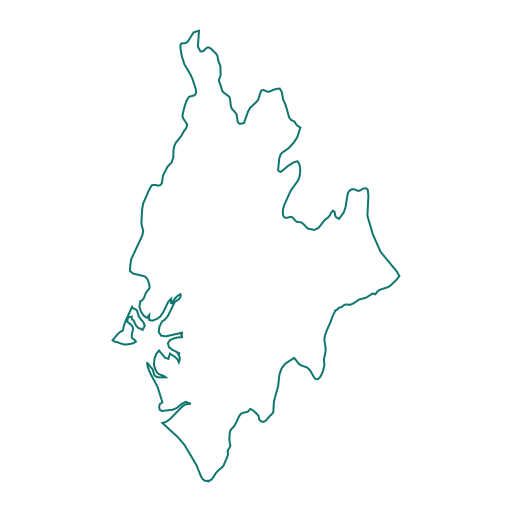 SVG path tracing the border of Littoral
{"feature_id": "CMR-1476", "entity_name": "Littoral", "entity_type": "Province", "adm_level": 1, "iso_a3": "CMR", "parent_name": "Cameroon", "parent_adm1": "", "projection": "equal_earth", "projection_center": [10.043, 4.313], "detail": "fine", "context": "isolated", "style": "outline", "palette": "teal", "viewbox_px": 512, "rotation_deg": 0, "n_neighbors": 0, "source": "natural_earth", "source_scale": "10m", "svg_char_len": 5833}
<svg xmlns="http://www.w3.org/2000/svg" viewBox="0 0 512 512"><path d="M208.4,481.3L208.4,480.7L205.9,481.0L204.2,480.4L202.9,479.3L201.8,477.8L200.7,475.8L196.5,465.2L184.6,445.1L177.9,437.2L162.4,423.0L165.9,421.9L169.8,419.3L183.0,405.8L186.5,404.0L190.8,403.8L185.7,401.8L181.2,404.2L177.1,407.8L172.8,409.7L161.8,411.0L159.8,409.8L159.1,407.1L159.8,404.1L162.4,402.3L157.7,387.2L150.1,372.9L147.9,367.5L147.0,362.4L151.0,367.6L151.9,368.3L152.7,369.3L154.0,374.0L154.7,375.7L156.8,377.0L159.5,377.4L165.7,377.3L164.1,376.1L159.0,374.2L157.4,373.0L156.8,372.1L156.3,371.0L155.2,369.0L153.9,364.6L154.4,359.1L156.3,353.9L159.0,350.5L165.1,357.8L168.4,358.9L170.0,353.6L175.4,357.2L177.5,359.3L178.8,362.4L179.7,360.1L179.8,357.8L179.0,355.7L177.8,353.6L178.3,353.5L180.0,353.6L172.5,349.9L168.9,347.1L167.9,343.1L169.9,340.2L174.1,338.3L178.6,337.3L182.0,337.2L182.0,336.3L181.8,335.6L181.0,334.3L181.4,334.0L181.8,334.0L182.0,333.8L182.0,332.7L166.0,336.3L161.2,335.7L158.7,332.0L159.5,326.5L162.0,321.6L165.1,319.4L167.8,316.2L174.7,302.0L179.4,298.8L180.1,297.6L180.8,295.5L180.4,294.2L177.8,295.7L174.8,298.7L173.4,300.7L172.2,303.2L171.1,303.2L171.1,298.8L168.3,301.7L163.1,312.4L160.2,316.6L156.7,319.0L152.3,320.7L149.1,319.9L149.2,315.0L147.0,317.9L143.9,315.8L141.0,311.8L139.4,306.8L140.3,301.7L140.1,301.4L141.2,301.0L142.3,300.1L143.7,298.5L145.4,294.1L146.5,292.0L148.6,289.5L149.6,287.8L149.5,285.5L148.1,280.6L146.8,278.3L144.6,276.3L133.3,273.6L129.9,271.0L130.3,265.4L131.2,259.2L142.3,235.5L143.2,230.9L141.7,225.0L141.4,221.9L142.1,209.5L143.2,203.5L148.4,191.4L150.9,186.6L152.1,185.1L155.9,184.9L157.9,185.7L159.3,185.5L160.7,184.8L161.9,182.9L163.0,175.6L167.4,166.9L171.7,162.3L173.4,157.3L173.4,151.6L173.6,149.2L174.3,145.9L176.0,142.5L181.2,136.1L184.1,130.8L185.8,128.8L186.8,126.6L187.1,124.2L183.6,119.1L182.4,116.2L182.9,113.2L184.2,107.8L186.3,101.2L189.0,96.8L194.6,95.3L196.2,92.7L195.7,88.8L192.7,79.6L190.4,74.4L184.4,64.4L181.7,55.7L180.4,47.7L180.4,45.5L181.1,43.6L182.4,43.3L184.1,43.3L186.0,42.9L187.9,41.4L193.6,32.4L199.0,30.7L197.9,46.6L200.4,51.3L202.1,51.5L203.8,50.7L205.3,49.1L206.9,47.7L208.6,47.4L210.8,48.5L216.0,53.6L217.2,55.5L217.7,57.1L218.2,60.5L220.4,66.2L220.6,75.1L218.9,80.1L219.1,81.0L219.4,82.0L220.5,84.8L221.6,88.9L222.3,90.8L223.0,92.1L229.0,96.5L229.7,97.7L230.1,99.5L230.7,105.1L231.3,107.5L231.5,108.0L232.2,109.3L233.6,110.7L234.3,111.3L236.6,114.4L237.6,121.3L238.9,123.5L239.7,123.7L240.3,123.8L240.7,123.8L241.8,123.5L242.4,123.3L244.0,123.1L248.0,111.6L249.2,109.6L250.0,107.9L255.9,102.5L258.1,99.9L259.1,97.0L259.9,94.0L261.4,90.5L263.0,90.0L264.8,90.5L266.6,91.3L268.3,91.8L270.0,91.4L273.5,89.8L275.3,89.2L279.7,88.5L281.8,92.1L283.1,99.6L284.9,103.2L286.3,107.2L289.1,117.4L290.9,119.8L294.6,121.7L296.0,124.2L297.4,125.7L300.4,127.5L297.3,137.0L294.0,142.3L288.5,148.3L282.0,152.8L280.6,154.5L279.2,158.6L278.1,170.1L279.2,171.4L280.8,171.9L288.6,165.5L294.0,162.2L297.6,161.3L299.4,164.4L300.0,167.4L300.2,170.3L300.1,172.9L299.5,176.5L298.8,178.7L297.7,181.0L290.7,190.7L284.5,204.4L283.3,208.4L282.8,211.7L282.9,213.8L283.1,215.1L283.4,216.0L284.1,216.9L285.5,217.8L287.2,217.8L289.1,217.2L290.9,216.8L292.5,217.4L295.6,220.9L297.2,221.9L298.5,222.1L300.2,222.2L301.3,222.5L303.0,223.7L304.6,225.3L306.0,226.8L307.9,228.6L314.3,229.9L316.3,229.1L318.7,227.7L325.1,219.5L327.7,217.9L329.8,215.5L330.3,214.3L331.3,212.5L333.0,210.7L334.2,211.4L334.8,213.0L335.2,215.6L336.3,217.4L339.0,218.9L343.7,212.5L345.6,207.0L347.3,195.9L348.1,192.6L349.6,190.6L351.4,189.4L353.4,189.2L355.4,189.7L357.1,190.6L358.9,190.9L360.2,190.4L363.2,188.6L364.9,188.3L366.3,188.4L367.7,189.6L368.4,195.7L367.4,215.8L372.7,234.0L380.6,251.9L397.2,272.0L397.8,273.3L399.4,276.2L395.5,280.8L390.6,285.4L389.2,286.4L388.0,287.1L379.4,290.0L377.4,291.5L375.3,294.3L372.6,293.5L366.3,297.6L359.0,299.6L353.2,303.5L350.1,304.8L346.4,304.5L344.6,304.8L343.4,305.5L342.5,306.4L341.5,307.1L339.7,307.5L338.8,308.0L336.6,310.1L335.3,310.5L334.0,313.4L332.2,317.3L330.7,321.7L327.0,329.9L325.4,334.3L324.4,338.2L324.5,340.9L325.4,346.5L325.6,349.5L325.6,351.4L323.9,359.7L324.4,365.4L322.7,371.9L321.5,374.6L320.2,377.0L318.5,378.7L316.8,379.4L315.0,378.6L313.6,376.7L310.9,371.6L309.1,369.3L306.9,367.4L301.5,365.5L299.9,364.7L298.8,363.8L297.4,362.0L296.2,360.4L294.1,357.9L285.3,363.6L281.6,368.4L279.7,373.7L279.2,376.3L278.1,386.4L274.7,398.3L273.9,401.9L273.3,412.1L272.7,413.1L272.2,413.7L271.6,414.4L270.2,415.6L266.1,420.3L265.3,421.0L264.2,421.5L263.8,421.7L263.1,421.8L262.7,421.8L261.9,421.7L261.1,421.3L260.5,420.9L259.4,419.7L258.3,415.4L255.6,412.7L252.6,410.1L250.3,408.9L249.9,409.2L249.6,409.5L248.6,411.0L248.1,411.4L247.8,411.6L247.1,411.9L243.4,412.7L242.4,413.0L241.4,413.5L240.8,414.0L240.3,414.5L239.4,415.9L238.5,417.5L237.9,418.7L237.3,420.2L235.0,424.8L233.9,426.4L231.0,429.6L230.5,430.3L230.2,431.0L229.6,434.7L229.4,439.1L229.6,441.7L230.2,444.8L230.3,445.4L230.2,446.2L229.9,447.0L229.5,447.8L228.0,449.9L227.8,450.5L227.7,451.4L227.9,453.6L227.9,454.7L227.7,455.4L227.6,456.0L223.7,465.2L223.1,466.2L222.1,467.3L218.0,470.7L216.2,472.7L214.7,474.9L213.2,477.4L212.2,478.7L211.2,479.7L208.5,481.3L208.4,481.3ZM132.1,306.9L132.8,308.1L134.1,308.8L135.5,309.2L137.1,310.6L137.3,311.5L138.9,316.7L140.8,319.3L143.4,322.2L144.8,325.8L142.6,329.9L140.3,328.6L139.2,328.3L138.0,327.7L135.9,325.4L133.9,320.9L133.0,320.0L132.2,319.5L131.8,318.6L131.7,316.6L129.7,316.9L128.3,317.7L127.5,319.3L127.2,321.7L131.5,325.2L132.7,326.9L133.0,329.4L132.6,331.3L132.0,333.4L131.7,336.5L132.1,338.1L134.7,340.0L135.9,341.6L133.9,342.9L131.3,343.8L125.5,344.6L122.5,344.1L117.1,342.1L114.6,341.6L112.6,340.3L117.9,333.8L120.8,331.5L122.4,330.9L122.9,330.3L123.2,329.4L123.5,327.2L125.2,321.9L131.6,307.8L132.1,306.9Z" fill="none" stroke="#0f766e" stroke-width="2"/></svg>